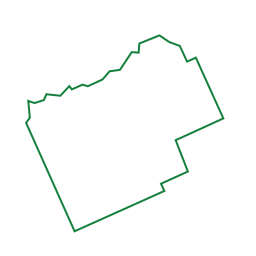 the district of Menard, Illinois, United States of America, rotated 336°
{"feature_id": "52423323B49653092104494", "entity_name": "Menard", "entity_type": "district", "adm_level": 2, "iso_a3": "USA", "parent_name": "United States of America", "parent_adm1": "Illinois", "projection": "equal_earth", "projection_center": [-89.78, 40.028], "detail": "fine", "context": "isolated", "style": "outline", "palette": "green", "viewbox_px": 256, "rotation_deg": 336, "n_neighbors": 0, "source": "geoboundaries", "source_scale": "gbopen_adm2", "svg_char_len": 481}
<svg xmlns="http://www.w3.org/2000/svg" viewBox="0 0 256 256"><g transform="rotate(336 128 128)"><path d="M208.7,74.1L200.6,66.2L194.4,56.2L172.8,55.4L168.3,63.5L162.3,60.2L144.3,71.6L134.2,68.7L124.6,73.3L108.3,73.5L104.0,69.9L92.4,69.9L91.4,65.9L79.3,71.0L67.2,64.0L62.5,68.3L52.8,67.2L47.9,62.7L42.5,78.7L37.0,81.8L37.2,200.6L135.6,200.3L135.5,192.3L165.0,192.1L166.6,158.5L219.0,158.0L218.6,91.3L209.0,91.4L208.7,74.1Z" fill="none" stroke="#15803d" stroke-width="2"/></g></svg>